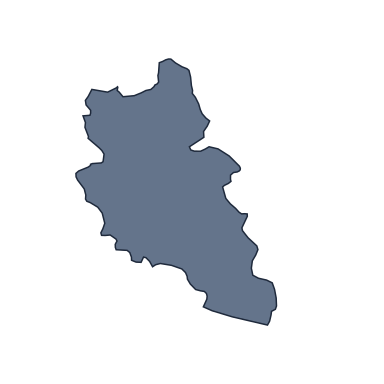 outline of Belgium, rotated 219°
{"feature_id": "BEL", "entity_name": "Belgium", "entity_type": "country or territory", "adm_level": 0, "iso_a3": "BEL", "parent_name": "Europe", "parent_adm1": "", "projection": "robinson", "projection_center": [4.727, 50.501], "detail": "fine", "context": "isolated", "style": "filled", "palette": "slate", "viewbox_px": 384, "rotation_deg": 219, "n_neighbors": 0, "source": "natural_earth", "source_scale": "50m", "svg_char_len": 2110}
<svg xmlns="http://www.w3.org/2000/svg" viewBox="0 0 384 384"><g transform="rotate(219 192 192)"><path d="M175.6,109.1L181.3,111.4L186.4,112.0L188.7,110.9L187.3,105.3L191.4,102.3L196.0,100.9L198.1,103.3L202.3,105.8L205.7,105.8L214.6,99.4L216.7,100.7L218.7,103.0L219.1,104.8L219.4,106.7L221.5,107.6L228.5,107.1L232.1,103.6L235.0,101.4L237.1,102.9L238.1,107.2L240.1,112.8L248.5,119.1L255.7,120.9L264.5,119.7L267.9,118.6L270.3,119.5L272.6,122.8L277.7,126.6L288.4,129.3L291.6,130.8L293.9,133.4L293.3,137.0L288.3,146.1L287.6,148.8L288.3,149.7L287.3,151.4L280.8,157.5L280.2,159.6L282.4,163.2L284.2,166.1L288.2,167.5L291.9,167.9L299.0,168.1L306.5,168.3L307.4,170.0L315.9,174.9L318.5,178.9L324.6,182.6L319.6,187.4L320.4,189.5L322.2,191.7L329.1,193.0L332.5,196.1L332.8,200.9L334.4,208.7L320.4,216.5L316.4,225.2L316.1,226.9L315.6,226.7L314.0,223.8L311.5,223.8L305.6,222.6L297.5,230.5L293.9,237.0L291.7,241.9L288.5,245.8L287.8,250.0L288.2,251.7L287.1,254.0L287.1,256.4L291.8,261.1L293.0,263.6L298.8,271.9L297.0,274.9L295.6,278.2L294.0,280.5L292.1,282.0L286.1,281.9L278.6,283.0L273.6,284.6L270.9,284.6L265.5,280.5L259.4,274.3L255.5,271.3L253.8,268.8L249.0,267.7L242.2,264.6L237.5,261.3L233.4,259.2L227.7,258.2L223.0,258.3L221.6,252.7L221.1,246.3L217.2,242.0L222.5,225.5L219.4,223.9L215.9,225.2L211.0,229.1L208.7,233.8L207.2,237.9L198.9,241.9L185.8,243.4L171.4,241.9L169.4,240.9L168.5,239.6L168.5,238.2L169.5,236.0L172.0,233.3L172.7,229.4L170.1,226.1L168.4,224.8L169.1,221.6L171.0,217.5L171.4,215.2L161.7,208.3L154.7,206.9L147.9,206.7L142.7,205.9L139.7,206.2L137.5,208.2L135.3,209.7L133.7,207.9L130.7,195.6L128.4,193.7L119.6,191.7L107.7,190.9L104.5,188.7L102.8,183.1L101.8,176.5L97.9,170.1L95.9,168.5L92.4,165.6L86.1,166.8L78.6,170.5L74.2,171.5L72.5,171.9L66.6,168.3L59.9,162.6L54.6,156.6L53.4,153.3L55.1,149.3L53.2,146.2L50.4,140.5L49.6,136.1L82.0,120.4L101.6,112.4L110.9,109.9L113.0,118.0L114.7,120.6L116.9,122.2L119.8,122.5L123.1,120.6L127.8,118.5L135.3,119.4L140.7,121.4L142.7,123.4L146.3,125.3L151.5,125.8L161.8,122.1L171.6,116.5L174.5,112.6L175.6,109.1Z" fill="#64748b" stroke="#1e293b" stroke-width="1.5"/></g></svg>